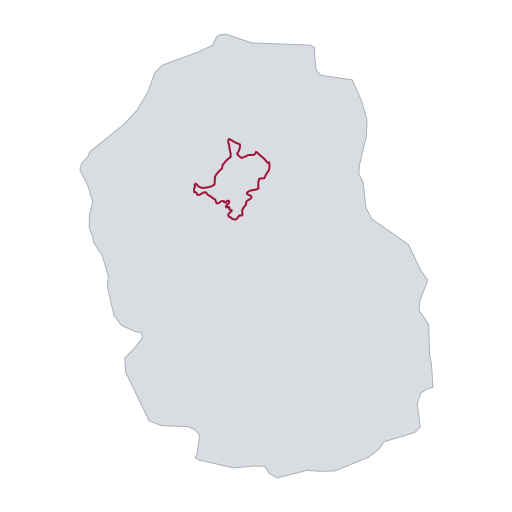 Štip on a map of North Macedonia (orthographic projection), rotated 269°
{"feature_id": "MKD-2911", "entity_name": "Štip", "entity_type": "Statistical Region", "adm_level": 1, "iso_a3": "MKD", "parent_name": "North Macedonia", "parent_adm1": "", "projection": "orthographic", "projection_center": [22.131, 41.705], "detail": "fine", "context": "in_parent", "style": "outline", "palette": "rose", "viewbox_px": 512, "rotation_deg": 269, "n_neighbors": 0, "source": "natural_earth", "source_scale": "10m", "svg_char_len": 3269}
<svg xmlns="http://www.w3.org/2000/svg" viewBox="0 0 512 512"><g transform="rotate(269 256 256)"><path d="M228.7,106.8L238.3,108.1L259.1,102.3L272.1,94.1L278.7,92.9L287.5,89.7L300.1,90.2L312.9,93.8L329.2,89.1L345.2,81.4L351.6,83.3L358.5,89.8L363.1,91.6L389.8,126.1L404.4,140.1L421.7,150.6L441.3,158.2L448.4,165.6L461.3,202.4L467.4,216.3L475.8,220.4L477.9,224.4L478.3,229.7L469.1,255.7L465.9,313.7L463.5,318.3L453.6,318.2L440.5,319.5L435.5,324.0L430.4,355.3L409.2,364.3L390.0,369.4L373.7,368.4L345.2,361.0L335.9,360.2L327.9,364.4L302.4,366.7L291.2,372.1L264.8,408.5L238.0,420.9L228.9,427.3L208.6,419.1L198.8,418.1L184.6,427.3L153.6,427.9L145.2,429.5L121.4,430.6L120.4,425.6L116.1,418.2L105.0,414.6L82.3,417.2L76.8,411.7L68.0,380.6L60.8,375.5L52.8,364.9L39.7,331.0L39.6,316.2L40.8,303.4L33.7,273.1L38.6,265.5L45.7,260.9L46.0,248.7L44.4,230.2L53.4,194.1L55.7,191.6L57.8,193.3L77.9,196.6L83.2,192.1L86.6,185.0L88.1,158.5L93.1,146.3L142.0,123.7L156.2,123.0L167.0,133.8L175.6,140.8L180.9,140.6L182.8,133.7L188.8,120.5L198.9,113.0L228.4,106.8L228.7,106.8Z" fill="#d9dde1" stroke="#a8b0b8" stroke-width="1"/><path d="M314.3,252.4L312.9,250.8L311.6,248.5L311.0,247.7L309.3,247.0L307.6,246.9L306.1,245.6L305.6,245.2L304.8,244.5L302.3,243.1L300.5,242.9L297.5,243.2L297.0,242.7L296.8,242.6L296.8,241.4L296.8,240.0L296.0,239.4L294.6,238.3L293.3,237.1L292.8,236.1L293.1,234.5L293.4,233.2L294.2,232.2L295.1,231.2L295.9,229.5L296.9,229.0L297.9,229.0L298.8,229.6L300.1,230.8L300.6,231.7L301.6,232.5L302.3,232.3L302.6,231.5L302.9,230.3L303.6,230.1L304.2,230.1L305.4,230.0L305.7,229.5L305.7,228.5L305.1,227.8L305.1,227.1L305.7,226.9L306.2,226.7L306.5,226.9L308.0,228.1L309.0,229.6L310.2,230.1L311.2,230.1L311.8,229.4L311.4,227.7L310.5,227.3L309.9,226.7L310.1,225.9L310.5,225.1L311.4,224.8L311.5,223.2L311.0,221.5L310.1,220.3L309.3,218.7L309.4,217.8L310.0,217.2L310.8,216.9L312.2,216.5L313.2,216.2L314.2,214.4L315.6,212.6L317.0,210.7L318.3,208.5L319.3,207.8L320.4,207.2L320.6,205.7L320.3,204.4L319.5,203.2L319.0,201.9L318.3,201.0L318.1,199.2L318.4,198.3L319.5,197.9L320.4,197.3L320.9,196.3L320.9,195.4L321.8,195.2L323.0,195.2L324.4,195.3L325.5,195.9L326.5,196.2L327.1,196.2L327.6,195.9L328.1,195.8L328.8,196.2L329.2,197.0L329.3,197.3L326.6,199.7L325.1,202.7L325.1,206.0L325.6,210.0L326.8,213.4L328.2,215.7L330.2,216.0L333.6,216.1L336.2,216.5L338.7,218.1L341.8,220.9L344.0,223.5L345.9,223.9L347.4,224.1L351.0,227.1L353.5,229.7L355.5,232.4L359.1,232.4L363.7,231.4L367.5,231.1L370.0,230.2L372.5,230.3L373.4,231.4L373.0,232.1L372.0,233.8L370.5,236.1L369.2,238.7L368.7,240.1L367.9,241.7L366.5,242.0L364.7,241.8L362.8,241.2L361.2,240.6L360.3,239.9L358.9,239.0L357.8,239.2L356.6,240.5L354.9,242.2L354.3,243.5L355.0,245.3L356.1,248.2L356.7,249.1L357.1,250.9L357.1,253.4L357.1,255.0L357.9,256.7L359.4,257.7L360.0,257.9L359.2,259.3L357.2,261.2L355.1,263.6L353.1,265.9L351.5,267.2L349.9,268.5L349.0,269.4L348.8,270.5L349.0,270.7L347.6,271.0L344.4,271.1L341.3,270.3L338.7,268.4L336.9,267.2L334.9,266.4L333.6,265.5L333.5,262.2L333.0,260.6L330.2,259.7L328.0,259.6L325.5,259.4L324.1,259.8L323.0,258.9L322.3,256.7L322.0,254.2L321.4,251.5L320.8,249.9L320.1,248.8L319.3,248.0L318.1,248.2L317.2,249.8L316.6,251.3L316.1,252.1L315.2,252.4L314.3,252.4Z" fill="none" stroke="#9f1239" stroke-width="2"/></g></svg>